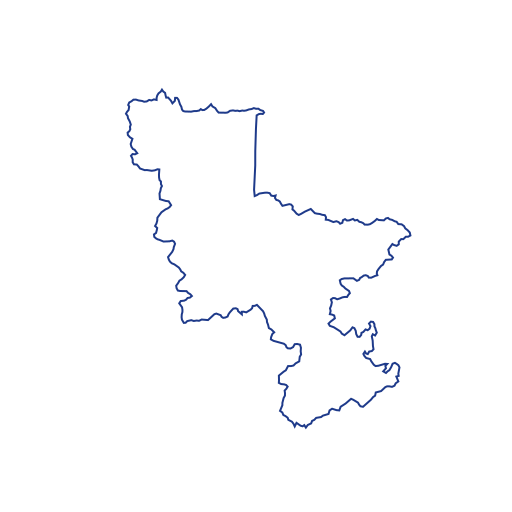 outline of Itaperuna, Rio de Janeiro, Brazil, rotated 209°
{"feature_id": "56859067B34570142953070", "entity_name": "Itaperuna", "entity_type": "district", "adm_level": 2, "iso_a3": "BRA", "parent_name": "Brazil", "parent_adm1": "Rio de Janeiro", "projection": "robinson", "projection_center": [-41.922, -21.215], "detail": "fine", "context": "isolated", "style": "outline", "palette": "blue", "viewbox_px": 512, "rotation_deg": 209, "n_neighbors": 0, "source": "geoboundaries", "source_scale": "gbopen_adm2", "svg_char_len": 6131}
<svg xmlns="http://www.w3.org/2000/svg" viewBox="0 0 512 512"><g transform="rotate(209 256 256)"><path d="M116.8,156.6L115.4,159.3L110.9,160.2L108.3,161.3L108.9,165.2L106.1,170.4L103.6,177.2L101.3,177.4L95.7,177.2L93.8,176.0L91.8,175.2L89.3,176.0L85.8,186.0L85.2,189.4L84.1,191.6L85.1,194.7L81.1,198.5L79.3,204.1L78.1,205.6L76.3,206.6L73.6,207.5L72.0,209.7L72.1,212.4L70.7,215.3L74.8,218.6L73.1,220.3L74.5,222.1L76.5,228.1L78.5,229.5L80.6,229.8L82.7,229.9L84.3,228.0L83.9,224.4L84.0,220.8L85.0,218.9L85.6,216.7L88.8,216.8L87.9,220.8L89.6,222.6L88.9,225.2L90.9,224.3L95.8,219.3L98.1,217.7L100.3,218.0L104.3,219.9L106.2,221.2L110.2,220.2L112.7,221.1L114.6,222.4L114.4,225.2L112.5,224.1L110.7,224.4L110.7,227.3L108.6,229.0L108.0,231.4L110.1,234.0L112.9,238.5L115.8,241.9L115.9,244.2L113.3,244.2L113.2,247.5L115.3,249.3L116.6,250.7L118.3,251.9L119.4,253.8L121.6,255.1L123.7,254.3L124.4,251.7L121.9,250.2L121.4,247.5L122.4,245.2L124.6,244.9L125.3,241.6L126.5,239.9L125.7,237.9L126.2,235.5L128.0,234.6L130.5,236.3L132.5,238.9L135.0,240.6L137.0,240.4L137.5,236.6L140.2,229.6L143.3,229.7L145.5,230.9L148.1,231.1L153.5,231.4L157.6,230.7L159.8,232.0L159.0,234.7L156.8,239.7L158.8,241.9L161.2,241.6L163.2,240.9L164.1,244.1L165.9,246.1L166.2,249.0L167.2,252.3L169.4,254.3L168.3,256.5L166.6,257.4L164.0,257.5L162.1,259.5L160.4,261.7L158.6,263.2L156.5,264.3L156.4,266.8L155.9,269.0L157.7,270.5L162.1,270.9L164.3,271.6L166.7,271.8L168.6,272.8L170.9,275.4L169.9,277.4L167.9,279.2L160.0,283.7L155.7,283.2L154.2,285.2L154.3,287.2L153.3,288.8L152.3,291.1L150.7,292.4L148.5,292.7L146.9,291.8L144.7,292.9L142.1,296.4L140.5,298.0L141.9,299.3L142.7,301.3L142.5,304.2L141.8,308.0L140.7,310.1L141.0,312.9L140.6,315.6L135.6,318.8L135.4,321.0L137.7,321.9L140.0,322.0L143.4,325.8L142.5,332.6L140.7,332.5L137.9,333.1L136.8,335.4L138.1,337.8L137.2,341.2L135.3,342.2L134.3,345.5L132.3,346.6L130.9,348.8L132.9,351.1L136.0,352.1L138.8,352.5L141.0,353.9L144.0,354.3L147.0,352.9L149.6,354.1L151.6,353.6L154.4,353.6L157.0,352.9L159.0,353.3L160.6,351.8L161.4,349.2L166.1,347.0L168.2,347.0L169.1,344.2L170.5,341.2L171.8,339.0L173.3,337.7L176.2,336.1L178.0,336.7L180.2,336.6L182.2,336.0L184.9,336.7L186.8,335.0L189.1,335.5L191.8,332.3L193.7,331.1L196.0,331.4L197.3,329.5L196.6,326.9L198.1,325.0L200.1,325.7L202.5,325.4L204.8,323.2L210.3,322.6L212.6,321.6L213.6,323.9L215.6,325.1L218.1,324.1L220.5,323.7L223.2,322.6L225.3,322.0L230.9,323.7L234.7,318.6L237.0,314.7L238.5,312.6L241.0,312.7L244.7,314.1L246.7,314.4L247.9,317.2L250.2,318.0L252.0,317.5L257.2,312.7L259.6,313.9L261.6,315.2L263.5,315.4L265.4,314.9L267.6,316.0L268.2,318.4L269.7,317.0L271.9,316.2L274.5,317.6L277.0,316.8L279.0,315.6L283.4,312.2L284.7,309.7L286.2,307.8L289.8,313.0L300.5,334.7L307.5,347.4L317.7,367.2L323.6,379.3L322.3,381.5L320.8,382.7L318.9,383.5L318.5,385.4L320.2,386.3L323.1,385.7L325.3,386.0L327.3,384.8L329.6,384.3L331.1,382.4L333.2,380.8L335.2,378.5L336.9,377.2L338.5,376.6L340.6,374.7L342.6,374.2L344.5,372.9L346.7,372.2L349.1,370.4L350.4,367.8L351.8,366.7L358.2,363.3L360.5,364.1L363.3,365.6L366.6,365.7L368.9,367.0L369.7,363.9L370.8,360.9L372.1,358.6L373.7,357.6L375.5,357.7L376.2,355.7L378.2,354.0L380.6,352.6L382.7,350.8L388.1,348.0L389.9,347.5L391.7,348.2L393.6,350.3L396.0,351.8L399.6,355.1L401.7,356.0L403.4,355.1L402.2,352.4L403.1,349.0L405.7,350.6L409.7,352.0L411.3,351.0L413.0,352.7L414.6,354.6L416.9,354.9L418.9,355.9L419.0,353.6L420.1,351.0L420.2,348.5L419.6,346.1L418.6,344.3L421.2,343.5L422.8,341.4L425.1,340.7L426.5,338.2L428.6,336.7L430.7,336.4L434.2,335.1L436.8,334.6L439.0,333.3L439.9,331.0L441.3,328.8L441.0,326.1L439.4,325.3L438.2,321.9L438.7,319.6L438.7,317.4L436.1,316.2L434.8,314.5L431.7,312.5L429.2,310.2L428.9,307.9L427.4,305.9L427.3,303.7L428.1,301.7L426.7,299.7L423.8,298.7L420.9,298.6L419.9,293.2L418.0,291.2L415.5,289.9L413.7,290.1L409.7,288.3L411.1,286.3L413.4,285.3L413.9,283.0L412.2,282.0L410.6,280.6L409.3,278.2L407.2,277.0L404.6,278.2L402.2,277.4L399.9,276.3L395.1,277.1L392.8,278.4L388.5,280.0L386.0,281.9L384.2,284.1L382.5,284.8L380.3,280.1L378.8,277.6L377.1,275.6L375.3,275.1L374.0,272.8L372.2,271.6L372.1,269.2L371.2,266.7L370.7,263.9L367.6,259.1L361.6,260.4L358.9,261.5L354.9,259.3L355.3,256.9L356.3,254.8L357.7,253.0L359.9,248.4L360.8,241.7L359.5,239.0L358.8,236.1L358.8,233.3L356.0,232.6L355.3,230.5L354.6,227.7L355.7,225.4L354.2,223.4L351.9,222.9L350.1,222.9L348.4,223.3L343.9,223.8L338.8,226.9L336.7,228.9L334.6,228.8L332.7,227.4L332.2,223.9L331.5,222.0L331.3,219.0L332.4,212.4L330.5,210.6L328.6,209.4L326.2,208.8L323.3,209.1L317.9,208.5L315.7,207.5L314.0,206.3L311.4,206.1L308.8,205.1L308.9,202.4L309.8,199.5L311.0,197.3L311.0,194.6L311.4,191.3L309.8,189.3L307.6,187.9L305.4,188.6L299.7,191.6L297.6,190.8L294.9,190.7L292.7,189.9L293.6,187.6L295.5,186.1L296.0,183.8L297.2,182.1L300.0,180.1L300.2,177.4L295.8,175.3L294.2,173.2L293.2,171.3L292.6,168.9L291.4,166.4L289.9,164.4L286.7,162.5L285.2,163.5L284.6,165.7L281.5,168.5L278.9,169.0L276.6,170.8L274.4,171.7L272.7,174.1L266.9,176.7L264.2,184.9L262.8,186.4L258.2,187.1L256.6,186.1L254.7,186.0L253.0,187.3L251.5,189.3L251.8,191.5L251.6,193.9L250.4,199.0L248.3,200.5L246.4,200.6L244.9,199.1L240.1,198.1L241.4,200.3L239.8,201.3L237.2,202.0L234.7,206.4L234.1,208.4L234.7,210.7L232.9,211.8L231.5,213.7L223.0,211.1L221.0,209.7L219.2,207.9L215.7,205.6L214.4,203.6L212.2,201.8L209.8,199.2L207.0,199.2L203.1,198.1L203.9,195.7L203.4,192.2L202.6,190.3L199.5,190.3L189.1,192.8L186.8,192.4L185.1,191.0L183.4,190.7L181.0,191.8L179.4,194.3L179.4,197.6L177.4,199.0L174.5,199.8L172.2,197.5L170.7,194.3L168.8,191.7L168.9,189.1L167.1,184.8L169.3,181.3L170.1,178.4L172.0,176.7L174.6,175.3L174.5,170.5L175.7,168.3L178.0,162.5L175.6,158.4L174.5,156.1L171.9,156.2L169.1,157.4L167.1,157.8L165.0,157.1L165.1,154.5L165.7,152.2L164.2,150.2L163.0,147.9L163.0,145.2L161.7,140.3L160.6,138.3L159.9,132.2L157.1,131.9L155.0,130.2L152.6,130.3L149.9,129.9L148.3,128.4L144.2,128.5L141.8,127.4L139.5,125.7L139.7,129.7L134.7,129.2L132.6,129.7L131.8,131.5L129.2,130.1L128.8,133.3L126.6,136.3L127.0,139.0L125.6,140.9L124.9,143.6L121.0,146.7L120.1,148.8L116.0,153.0L116.8,156.6Z" fill="none" stroke="#1e3a8a" stroke-width="2"/></g></svg>